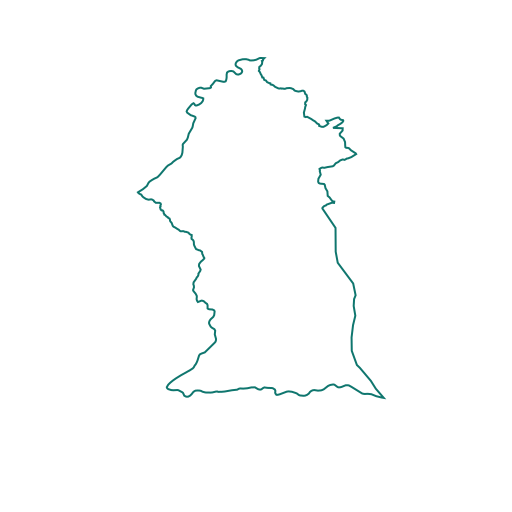 outline of Porto dos Gaúchos, Mato Grosso, Brazil, rotated 64°
{"feature_id": "56859067B32665720516064", "entity_name": "Porto dos Gaúchos", "entity_type": "district", "adm_level": 2, "iso_a3": "BRA", "parent_name": "Brazil", "parent_adm1": "Mato Grosso", "projection": "equal_earth", "projection_center": [-56.839, -11.773], "detail": "fine", "context": "isolated", "style": "outline", "palette": "teal", "viewbox_px": 512, "rotation_deg": 64, "n_neighbors": 0, "source": "geoboundaries", "source_scale": "gbopen_adm2", "svg_char_len": 6074}
<svg xmlns="http://www.w3.org/2000/svg" viewBox="0 0 512 512"><g transform="rotate(64 256 256)"><path d="M439.5,203.4L427.8,206.5L418.6,207.5L402.0,211.7L398.2,213.1L383.2,211.5L371.1,205.8L360.7,199.1L353.2,192.9L343.7,190.1L337.7,186.7L335.0,183.7L330.7,182.6L323.3,180.7L297.9,185.5L287.1,182.5L265.6,172.2L242.4,175.5L241.7,175.0L241.0,172.8L241.2,170.9L240.8,170.0L241.4,164.3L242.5,162.6L241.4,161.8L240.7,162.8L240.0,163.3L238.6,163.7L235.6,164.2L233.4,165.2L229.2,163.5L225.5,163.8L222.1,163.0L221.1,163.3L219.0,166.7L217.9,167.6L216.8,167.6L216.1,167.4L213.9,166.0L211.3,162.2L207.7,161.5L207.1,161.0L205.6,160.8L205.4,159.4L205.5,157.7L206.7,155.9L207.4,152.8L209.0,147.7L208.9,146.4L207.6,143.7L207.6,140.9L207.0,138.5L207.2,135.9L207.7,135.1L208.4,134.3L208.4,133.0L208.2,131.8L208.6,130.5L208.9,127.0L208.3,121.3L207.4,121.4L202.6,124.3L199.9,125.2L199.2,125.9L198.3,127.5L197.4,128.0L195.8,127.4L192.6,126.0L188.9,125.8L185.1,127.7L184.1,127.7L182.8,127.1L181.2,123.2L179.2,122.1L174.6,130.6L174.8,126.6L174.4,125.2L174.2,122.1L173.7,119.7L172.8,118.3L172.1,118.2L170.6,120.1L169.8,120.5L167.9,120.8L167.3,122.2L166.8,125.2L166.6,130.2L166.4,131.1L165.3,133.4L168.6,132.9L169.3,135.1L169.5,137.6L169.4,139.0L168.6,140.4L166.7,142.2L165.9,141.7L165.1,141.8L163.9,142.9L160.8,144.0L158.9,145.3L157.2,146.2L153.3,149.0L152.9,150.5L151.9,151.4L148.1,150.1L144.8,147.2L143.7,146.5L142.2,144.9L141.1,145.3L139.5,144.4L139.2,143.1L138.1,141.5L136.2,140.4L135.1,140.5L134.1,140.0L133.1,140.0L131.9,140.7L129.5,140.3L128.3,140.9L127.6,142.1L127.5,143.5L126.8,145.8L125.3,147.7L124.2,148.8L122.4,149.3L120.6,150.9L119.7,152.2L118.6,154.9L118.5,156.3L118.1,157.4L117.2,158.5L116.8,159.6L116.2,160.1L115.9,161.3L115.2,162.4L112.3,164.7L110.5,165.4L109.3,166.2L108.8,167.1L108.2,167.7L107.1,167.4L106.3,168.4L104.6,169.8L102.7,170.1L101.3,171.4L98.9,171.1L98.3,172.1L96.0,171.8L94.8,172.0L92.3,171.9L90.9,172.3L89.6,170.9L88.7,170.9L87.5,170.1L87.1,168.3L86.1,166.5L84.3,165.3L83.3,165.2L83.3,164.1L82.3,163.3L81.8,161.8L80.0,165.1L79.7,166.1L79.7,169.7L79.1,172.3L78.1,174.7L77.4,175.9L76.4,176.6L74.7,178.7L73.3,181.8L72.5,185.9L72.6,187.2L73.1,188.5L73.9,189.7L74.9,190.4L75.6,190.6L76.4,190.6L78.4,189.7L81.1,187.6L82.0,187.3L83.1,187.2L84.2,187.6L84.8,188.3L85.3,189.3L85.4,190.6L85.2,192.3L84.5,193.4L83.8,194.1L80.2,195.4L78.9,197.0L78.2,198.9L78.1,200.2L78.4,201.6L80.1,202.9L82.4,204.0L83.8,204.9L84.9,205.8L85.7,206.7L85.6,207.9L85.1,209.0L80.8,214.4L80.7,215.8L81.2,217.0L82.3,219.1L83.5,222.2L84.8,222.6L84.9,223.9L82.9,229.4L80.6,231.6L80.1,232.9L79.9,234.5L80.1,236.4L80.8,237.4L82.8,239.0L83.9,239.5L85.6,239.5L87.2,238.7L89.6,236.0L90.2,235.2L91.2,234.3L92.3,234.9L93.5,236.1L94.5,238.2L94.9,240.8L94.8,242.1L94.7,243.2L94.4,244.1L93.6,244.7L92.1,244.8L91.3,245.2L91.4,246.5L91.7,247.7L93.8,252.4L94.8,254.1L95.7,255.0L97.0,255.0L100.9,252.9L101.8,251.9L103.8,250.0L104.6,249.6L105.7,249.9L109.2,254.2L111.4,255.8L112.7,256.9L116.6,262.8L119.7,265.4L121.2,267.1L123.3,272.5L124.0,273.2L125.8,273.9L130.9,276.9L132.7,278.5L133.8,280.1L134.3,281.5L134.2,284.4L134.5,286.4L135.0,289.1L135.8,291.4L136.1,295.5L136.8,297.7L140.8,306.7L141.8,309.4L142.0,310.6L141.9,313.6L142.1,316.3L142.5,319.1L143.1,320.5L145.2,323.4L145.5,324.6L146.4,328.4L147.0,334.2L148.1,334.0L149.8,332.9L150.5,332.2L152.5,332.0L153.8,331.5L156.5,329.9L158.3,327.9L159.1,325.4L159.9,324.5L161.4,323.6L162.2,323.7L164.3,322.7L165.8,319.5L167.0,318.7L168.0,318.9L168.8,319.9L169.7,320.1L170.1,320.9L172.4,321.3L173.6,320.9L174.0,320.0L174.8,319.7L175.8,319.7L177.0,320.2L177.7,320.0L178.6,320.3L179.3,319.7L181.4,319.1L182.3,318.3L183.3,318.2L184.4,317.3L185.6,317.4L186.6,317.8L187.4,317.8L189.2,317.3L192.4,317.6L193.5,317.3L194.9,316.2L197.6,314.6L198.3,314.0L200.0,313.4L200.7,312.9L202.0,310.2L203.0,309.4L203.7,308.2L205.4,306.5L207.0,306.1L208.1,305.5L208.9,304.6L210.6,305.4L211.4,306.1L212.5,306.4L213.8,305.7L214.8,305.5L216.1,305.7L218.3,306.7L219.5,306.9L222.1,306.9L223.6,306.8L224.6,305.8L225.6,305.0L226.5,303.8L228.7,302.7L230.6,303.4L231.7,303.3L233.7,303.5L235.0,303.3L235.6,303.6L236.4,305.8L236.9,307.9L238.1,310.4L239.1,311.2L240.1,311.7L243.9,311.7L245.0,312.7L246.6,315.5L247.7,316.0L248.8,317.3L249.3,318.7L250.2,319.7L252.3,323.6L253.9,324.7L255.5,324.9L257.0,325.5L259.0,327.5L260.0,327.6L263.4,326.8L265.7,326.7L266.8,327.1L268.7,328.3L270.2,328.6L271.9,328.4L272.2,324.6L272.7,323.8L273.7,322.8L276.0,321.9L277.6,321.0L279.0,321.1L281.9,322.5L282.7,322.1L283.5,321.2L285.0,318.6L286.6,317.4L287.7,317.5L290.8,319.5L292.0,321.1L293.0,324.5L293.6,325.6L294.3,326.6L295.6,327.6L296.6,327.8L299.6,327.7L301.1,327.1L303.5,325.5L305.2,325.4L308.4,327.4L313.1,328.3L314.4,329.1L315.3,330.0L315.8,331.1L320.2,344.3L319.8,347.7L319.8,349.5L320.5,350.8L324.2,354.3L325.7,356.0L327.0,357.8L327.5,359.0L328.8,360.8L329.3,362.1L329.7,365.3L330.3,375.8L330.9,381.6L331.5,385.3L332.3,388.7L333.2,391.3L334.8,393.7L336.0,393.8L337.2,393.2L339.3,391.0L340.4,389.2L342.0,385.4L342.6,384.6L346.3,381.9L347.2,381.6L350.1,381.7L351.5,380.7L352.2,379.8L352.7,378.5L352.6,376.4L351.9,374.3L350.8,372.1L350.5,370.7L350.5,369.4L351.3,367.4L352.3,365.6L353.2,364.5L354.5,363.6L356.5,361.3L358.8,356.8L359.5,355.0L360.3,351.4L360.8,350.2L361.5,349.6L363.0,346.4L364.1,343.5L366.1,336.5L367.9,331.5L367.8,329.7L368.1,328.3L369.6,325.6L371.1,321.7L372.1,317.7L373.6,314.5L376.5,312.6L377.5,311.5L378.0,310.6L378.2,309.6L377.8,307.7L377.8,306.1L379.5,303.6L381.7,299.5L382.3,298.8L384.3,297.6L385.7,297.7L387.3,298.7L388.3,298.8L389.7,298.5L390.3,297.3L390.7,295.3L391.4,287.8L392.0,286.0L393.8,283.2L396.6,280.3L397.7,279.4L399.6,278.5L400.6,277.6L402.5,274.5L403.0,273.2L403.2,271.1L402.8,268.8L401.9,267.2L401.5,265.4L401.6,263.7L402.1,262.3L404.2,259.3L405.3,256.4L405.5,255.0L405.5,253.4L404.4,248.3L404.4,246.9L404.5,245.7L405.3,242.9L406.1,241.9L409.6,240.1L410.3,239.3L410.9,237.9L411.2,236.4L411.5,232.1L412.4,230.2L413.0,229.3L415.4,227.6L426.2,220.8L427.5,219.1L428.9,215.9L430.8,212.9L434.7,209.4L438.2,205.2L439.5,203.4Z" fill="none" stroke="#0f766e" stroke-width="2"/></g></svg>